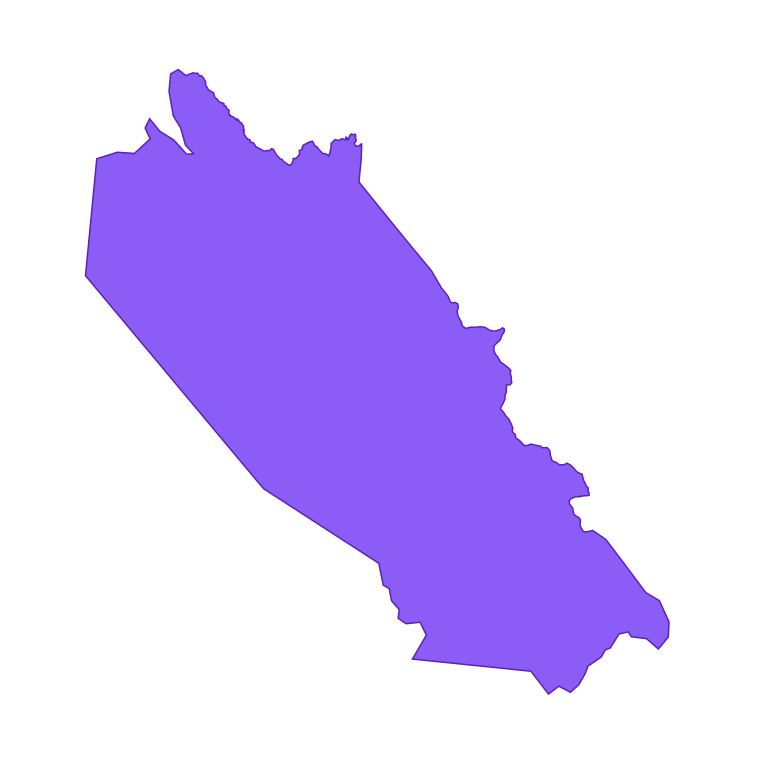 the district of San Benito, California, United States of America, rotated 186°
{"feature_id": "52423323B5435817984489", "entity_name": "San Benito", "entity_type": "district", "adm_level": 2, "iso_a3": "USA", "parent_name": "United States of America", "parent_adm1": "California", "projection": "albers", "projection_center": [-121.114, 36.593], "detail": "fine", "context": "isolated", "style": "filled", "palette": "violet", "viewbox_px": 768, "rotation_deg": 186, "n_neighbors": 0, "source": "geoboundaries", "source_scale": "gbopen_adm2", "svg_char_len": 3955}
<svg xmlns="http://www.w3.org/2000/svg" viewBox="0 0 768 768"><g transform="rotate(186 384 384)"><path d="M74.8,162.1L75.6,177.0L87.5,197.3L101.8,203.9L123.6,227.4L126.0,230.1L147.1,252.5L161.2,260.2L164.6,258.9L168.4,257.9L170.5,258.2L174.2,263.5L174.4,269.4L176.6,271.8L179.0,272.6L181.6,274.3L182.5,277.5L183.5,280.5L187.0,284.0L187.6,287.2L185.9,289.7L182.8,291.3L180.7,292.1L178.7,292.1L177.1,292.7L173.2,293.8L170.8,294.0L168.3,294.8L168.6,296.7L169.8,299.0L170.1,302.0L172.2,303.8L173.8,306.7L175.1,308.5L176.1,310.9L177.6,315.1L181.1,315.9L183.6,317.3L185.9,319.6L189.6,322.6L193.6,324.4L196.2,322.7L200.9,321.9L204.8,324.1L208.7,325.1L210.9,330.0L212.1,335.0L215.1,337.8L219.8,337.1L221.9,338.5L225.5,338.8L229.3,339.3L231.5,339.6L234.5,338.1L237.6,337.4L239.8,338.9L243.5,342.1L247.2,344.0L248.2,347.5L250.5,349.0L251.7,351.4L251.2,353.2L253.2,357.5L256.2,362.1L259.1,364.6L262.6,368.8L265.5,371.3L265.1,374.2L264.0,375.9L262.2,381.3L262.4,386.0L261.4,388.6L261.8,391.5L261.8,393.4L262.1,395.8L260.2,396.2L258.3,396.4L257.1,398.8L257.5,400.3L258.0,403.1L258.6,405.5L259.4,407.3L259.4,410.9L262.6,413.5L266.7,416.0L270.4,418.0L273.3,422.2L276.0,424.9L277.4,427.1L278.5,430.0L278.4,433.8L275.8,436.8L273.0,440.0L271.8,444.7L269.9,448.6L270.0,451.2L272.2,452.3L273.1,451.0L277.3,448.9L280.1,448.0L284.8,448.6L289.3,450.9L294.3,451.0L298.4,450.1L304.0,449.5L307.1,448.3L308.5,447.9L312.4,450.1L313.6,453.7L317.4,459.1L318.8,463.7L318.1,468.2L319.1,471.5L322.1,472.6L323.5,471.9L326.4,472.2L329.3,477.7L333.7,482.4L336.7,485.2L348.6,501.5L379.5,531.8L392.9,545.1L430.0,582.2L430.2,606.0L431.3,620.4L432.0,620.2L432.9,619.3L432.9,618.4L433.8,617.9L435.0,618.0L436.9,617.6L438.4,619.4L438.8,620.1L438.3,621.5L437.7,621.6L437.2,622.9L437.3,624.5L438.5,626.4L437.9,627.7L438.8,629.4L439.5,629.3L441.6,628.6L442.5,629.2L443.4,628.5L444.1,627.1L444.7,624.9L445.2,623.1L446.0,623.0L446.4,623.9L446.4,624.6L446.9,625.4L447.6,625.5L447.8,624.5L447.8,623.7L448.7,622.8L450.0,623.4L452.1,623.4L453.4,621.9L455.7,621.6L458.3,621.9L459.8,620.0L461.7,617.8L461.4,613.3L462.0,608.8L462.4,605.9L463.0,605.0L463.9,606.0L465.2,606.3L466.9,607.1L469.0,606.7L470.3,608.0L473.1,610.3L475.3,612.8L477.9,613.7L479.3,616.4L480.6,618.0L483.8,616.7L485.8,615.4L489.1,613.2L490.2,610.9L489.7,610.2L490.4,608.5L491.8,607.7L492.6,607.4L492.5,605.9L491.8,604.2L493.7,600.8L495.9,598.8L497.8,598.8L497.9,595.7L499.2,592.6L501.7,591.6L504.2,593.3L506.8,594.4L508.8,596.7L510.7,596.9L512.6,598.7L515.1,600.8L517.7,604.6L518.7,605.8L520.5,606.3L521.0,605.2L522.8,604.0L524.7,604.1L526.3,603.2L528.6,603.3L530.6,604.4L533.2,605.3L535.1,606.2L536.4,606.6L537.8,608.8L539.1,610.0L540.3,610.5L541.2,610.2L542.4,611.0L542.3,611.7L543.3,613.1L545.2,613.2L547.7,615.9L549.3,617.8L549.4,619.6L550.1,620.1L550.2,620.9L550.0,620.7L549.5,621.6L550.1,622.8L550.8,625.9L552.0,627.2L553.0,628.8L554.9,629.4L555.8,630.2L555.9,631.1L556.4,631.1L556.9,630.8L557.5,631.3L557.4,631.5L557.3,632.0L558.2,632.3L558.1,631.9L558.4,631.2L560.1,632.3L561.2,633.7L563.0,634.1L564.5,634.5L564.7,635.2L565.4,635.6L565.8,635.2L566.6,636.3L566.5,637.6L566.7,640.0L568.5,640.9L570.3,643.6L572.5,644.7L572.5,646.0L574.3,646.8L576.0,646.7L578.0,647.9L579.4,649.6L582.2,651.3L584.0,655.7L585.9,656.7L589.3,658.2L592.7,662.8L593.0,665.9L595.6,669.6L597.8,671.5L599.5,671.0L601.9,673.5L604.8,673.2L606.3,673.6L613.3,670.0L621.5,675.2L628.6,670.1L628.4,652.5L621.6,628.7L613.0,617.4L606.4,600.8L597.4,593.1L604.3,591.9L618.6,604.7L633.4,611.9L644.8,623.3L648.3,613.6L642.2,603.3L656.3,587.2L673.4,586.6L693.2,578.0L692.2,460.5L501.7,275.8L492.8,267.3L370.4,205.1L363.7,183.8L357.4,181.1L353.9,169.3L345.2,161.1L345.5,152.5L337.0,147.9L323.2,150.8L315.6,138.7L327.0,113.4L207.8,113.7L188.0,92.8L178.6,101.7L166.3,96.9L158.9,105.2L153.7,116.8L151.6,124.8L139.4,135.2L136.1,142.7L131.4,145.1L124.1,160.0L115.2,163.0L111.7,158.5L96.4,158.2L83.4,149.1L74.8,162.1Z" fill="#8b5cf6" stroke="#5b21b6" stroke-width="1.5"/></g></svg>